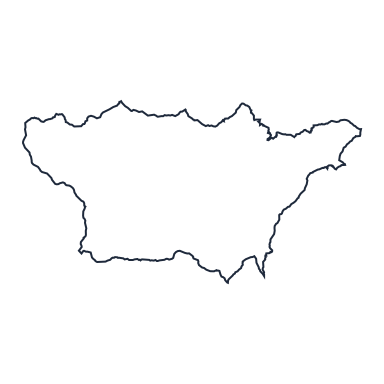 Nistoresti, Vrancea, Romania (orthographic projection)
{"feature_id": "2599482B47206527593965", "entity_name": "Nistoresti", "entity_type": "district", "adm_level": 2, "iso_a3": "ROU", "parent_name": "Romania", "parent_adm1": "Vrancea", "projection": "orthographic", "projection_center": [26.576, 45.784], "detail": "fine", "context": "isolated", "style": "outline", "palette": "slate", "viewbox_px": 384, "rotation_deg": 0, "n_neighbors": 0, "source": "geoboundaries", "source_scale": "gbopen_adm2", "svg_char_len": 6008}
<svg xmlns="http://www.w3.org/2000/svg" viewBox="0 0 384 384"><path d="M264.1,276.1L264.1,274.6L263.7,274.3L264.1,272.3L262.6,269.5L262.9,267.9L263.4,267.1L263.1,261.9L265.2,259.5L265.1,258.3L265.7,257.3L265.3,256.5L265.4,255.6L266.3,255.6L266.1,254.9L266.3,253.4L269.7,253.1L270.4,251.9L271.4,252.2L272.1,251.6L272.2,250.3L270.1,248.2L269.5,246.9L269.8,245.9L269.5,244.7L269.8,243.1L270.4,242.1L270.5,239.4L274.1,234.1L274.7,230.8L274.5,227.9L274.7,226.0L276.1,223.8L277.4,223.1L279.3,219.7L279.2,215.0L279.8,214.3L281.2,214.1L281.9,213.5L282.6,211.3L283.8,209.6L285.9,208.7L287.9,206.9L289.5,206.6L291.3,204.1L293.5,202.8L295.5,201.2L297.6,198.3L298.6,197.7L298.8,196.5L300.6,193.7L304.6,190.0L304.9,188.2L306.7,184.3L307.4,180.4L306.7,178.9L308.3,175.5L309.2,174.7L310.2,173.2L312.8,172.5L312.9,172.0L317.7,169.6L319.4,169.3L322.5,167.9L323.7,168.0L324.5,167.3L326.0,167.1L327.1,168.4L327.1,168.0L327.6,167.8L327.0,166.8L328.9,165.4L331.2,165.3L332.5,165.7L332.9,166.1L332.4,166.4L334.1,167.7L334.7,168.7L336.1,169.4L337.3,167.7L339.4,166.4L340.5,166.2L341.4,165.1L345.1,164.9L344.9,164.1L344.1,163.9L342.7,162.3L339.2,160.2L339.8,156.0L340.6,153.6L342.5,151.5L343.7,147.7L345.6,146.6L347.0,144.3L348.6,143.2L350.1,141.5L351.7,140.8L353.3,138.1L355.3,136.9L355.8,136.1L356.7,136.3L359.9,136.0L360.3,134.8L360.3,132.6L361.0,129.1L359.6,129.2L357.1,127.9L355.1,126.0L354.2,125.8L351.9,123.6L350.4,122.8L349.6,121.7L347.6,120.5L346.1,120.0L344.3,119.8L340.4,120.3L338.9,121.6L336.5,122.0L331.9,120.9L331.0,121.1L329.6,122.2L328.9,122.4L327.5,123.6L326.3,123.5L324.6,124.3L322.3,124.3L321.9,123.9L320.5,124.5L319.0,124.4L317.4,125.2L313.6,125.4L313.7,126.7L313.5,127.3L312.4,127.8L312.3,128.3L311.5,128.4L311.3,129.1L311.8,130.1L311.5,130.8L310.8,131.0L310.7,132.5L309.6,132.7L308.5,131.7L306.6,131.0L305.5,129.9L304.3,130.0L302.7,131.7L300.6,132.6L299.8,133.9L296.3,134.3L295.4,136.2L294.3,136.7L294.2,137.0L290.7,134.8L286.5,134.8L285.2,134.2L284.3,134.4L282.3,134.1L278.4,132.5L277.1,132.4L276.6,132.8L276.5,134.2L276.9,135.0L276.2,135.5L276.1,136.0L276.4,136.4L276.1,136.9L275.2,136.9L273.1,138.7L272.0,137.9L270.8,137.7L270.6,138.5L268.5,140.2L267.5,140.0L267.6,139.0L269.8,137.6L270.4,136.2L270.9,135.6L270.9,134.9L270.2,134.3L270.1,133.3L269.3,133.2L269.2,132.7L268.3,133.2L267.9,133.0L268.4,131.6L268.4,130.4L268.8,129.8L268.5,127.8L263.9,125.7L263.7,125.3L263.2,125.6L262.7,124.6L261.7,123.9L260.0,125.0L260.1,123.5L258.5,121.8L259.6,121.6L259.8,120.8L259.6,120.5L260.0,119.6L255.7,119.6L254.3,120.1L253.9,119.1L253.9,115.6L251.5,112.7L251.0,112.7L250.9,111.8L251.4,110.4L250.6,110.0L249.3,107.0L247.3,105.6L245.7,105.3L243.6,103.7L242.1,103.5L240.4,105.1L239.5,107.0L236.3,110.1L235.8,112.6L231.9,116.1L229.8,117.1L228.2,118.5L225.1,118.6L224.1,120.2L223.8,120.1L224.0,119.7L223.4,119.8L223.8,121.2L222.5,120.7L221.3,122.2L219.2,123.3L217.2,125.6L215.3,126.6L213.3,126.3L211.6,125.5L209.4,126.0L208.1,125.2L205.8,126.1L202.1,124.1L197.5,120.1L194.3,120.4L193.8,119.7L193.0,119.5L192.0,118.4L188.4,116.2L187.7,114.0L185.7,111.2L185.8,110.0L185.4,109.5L182.2,111.6L180.6,111.7L179.7,112.5L178.6,114.2L175.2,116.1L172.1,114.9L170.3,115.5L168.7,115.2L166.2,115.5L164.7,115.1L163.1,116.2L161.6,116.1L158.1,116.7L157.5,116.7L156.2,115.7L154.1,114.7L147.9,115.6L142.2,111.4L139.0,112.0L135.9,110.5L133.4,109.9L131.9,111.0L131.2,110.9L127.8,107.8L125.2,106.2L122.1,102.9L121.1,101.2L120.1,101.9L119.4,101.9L119.2,102.3L119.3,103.4L118.2,104.1L117.1,105.6L113.3,107.0L109.5,109.3L102.9,112.5L101.4,114.2L100.2,117.2L96.9,118.3L93.8,116.6L91.0,115.8L88.5,116.6L87.2,118.3L87.2,120.5L85.4,121.3L85.0,122.9L84.4,124.0L83.0,124.1L81.2,126.2L74.2,126.5L71.9,124.7L69.8,124.5L67.3,122.5L65.8,122.1L65.6,120.1L64.9,119.1L64.6,117.3L62.3,114.3L61.8,114.1L60.9,114.4L59.4,114.3L58.6,114.8L56.3,113.9L55.2,115.5L54.7,117.1L53.1,117.3L52.5,118.3L50.1,119.1L49.1,119.1L45.5,120.3L44.1,121.6L43.3,121.9L41.2,121.4L38.4,118.6L37.3,118.7L36.4,118.1L35.5,118.2L34.5,117.6L33.5,118.2L32.0,118.0L30.9,118.5L29.7,119.7L28.4,120.3L25.2,123.0L25.5,127.3L25.0,129.3L26.1,135.3L23.7,139.9L23.1,141.6L23.0,143.0L25.0,147.7L29.5,152.5L29.8,154.6L31.0,156.7L31.7,160.7L31.7,162.0L32.0,163.0L33.5,164.6L38.0,166.9L40.0,169.6L40.4,170.6L42.0,172.0L47.1,173.5L51.4,178.0L52.0,179.8L55.2,183.9L56.7,184.3L58.5,184.1L59.7,183.3L62.9,182.4L64.6,183.1L65.5,184.5L66.3,185.2L69.3,185.6L70.7,186.3L72.7,187.9L73.4,188.8L74.0,190.0L74.5,192.5L76.0,194.7L76.3,195.7L81.5,200.8L83.3,201.6L83.8,202.3L84.2,203.3L84.3,205.7L85.4,206.6L84.9,207.4L84.7,208.5L83.3,211.4L83.1,215.5L83.4,217.8L84.4,218.7L85.3,220.5L85.0,222.8L86.3,228.3L85.8,230.8L85.9,235.0L85.4,236.4L83.6,237.7L83.8,238.4L80.9,242.0L80.7,244.0L81.5,245.7L81.7,247.0L78.9,250.7L81.5,253.5L83.3,251.0L84.0,250.8L86.0,251.7L87.6,251.7L90.7,252.5L92.0,257.5L93.7,259.3L94.6,259.8L95.5,261.1L97.1,262.0L105.6,261.6L107.5,260.6L110.2,259.8L111.7,258.2L112.9,257.6L113.9,257.8L115.0,257.1L117.3,257.3L118.0,257.9L118.8,257.7L123.4,258.4L124.6,259.4L127.5,258.8L129.1,260.0L132.9,260.0L134.5,259.4L137.4,259.0L138.9,260.0L139.8,259.7L140.5,260.4L141.6,259.5L142.4,259.4L149.3,259.9L150.2,260.6L151.5,260.3L153.8,260.6L155.5,260.0L156.8,261.0L157.7,261.0L159.5,260.4L164.4,259.8L166.3,258.8L167.7,258.9L169.1,259.6L172.0,258.8L173.2,257.9L174.3,253.9L175.9,252.1L177.7,251.1L179.8,250.8L184.9,252.9L187.3,253.5L189.2,253.4L192.6,256.0L193.2,256.9L193.1,257.5L193.6,258.5L198.0,260.2L198.4,261.6L198.2,263.0L199.0,265.1L202.1,267.5L204.1,268.0L206.3,269.7L210.2,271.2L214.0,271.3L216.5,270.2L216.9,270.7L217.8,270.5L219.4,270.9L220.5,274.6L221.5,276.6L223.2,277.2L224.6,278.3L225.2,280.2L227.2,282.5L227.9,282.8L228.1,280.4L228.7,279.3L232.8,275.4L233.3,274.5L234.9,273.5L235.3,272.3L237.6,271.3L239.0,269.6L241.1,268.1L241.5,266.4L242.8,264.8L242.5,263.1L242.8,262.4L242.6,261.9L243.0,261.3L245.7,259.3L250.7,257.2L252.7,257.0L254.3,256.2L256.1,258.7L256.5,262.8L258.7,267.2L258.9,268.7L259.8,269.7L260.3,271.3L262.7,273.8L264.1,276.1Z" fill="none" stroke="#1e293b" stroke-width="2"/></svg>